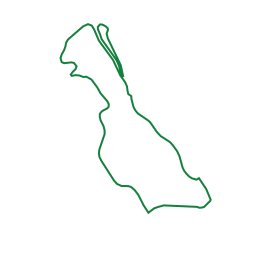 an SVG outline of Tiền Giang, rotated 234°
{"feature_id": "VNM-4834", "entity_name": "Tiền Giang", "entity_type": "Province", "adm_level": 1, "iso_a3": "VNM", "parent_name": "Vietnam", "parent_adm1": "", "projection": "albers", "projection_center": [106.405, 10.409], "detail": "fine", "context": "isolated", "style": "outline", "palette": "green", "viewbox_px": 256, "rotation_deg": 234, "n_neighbors": 0, "source": "natural_earth", "source_scale": "10m", "svg_char_len": 1408}
<svg xmlns="http://www.w3.org/2000/svg" viewBox="0 0 256 256"><g transform="rotate(234 128 128)"><path d="M195.7,121.7L199.0,119.6L201.6,116.6L203.3,113.1L204.8,113.1L205.9,116.3L206.4,120.0L208.1,122.7L212.5,122.5L214.4,120.7L218.0,114.4L220.3,113.1L224.2,114.5L226.6,117.8L228.4,121.8L230.5,125.0L233.5,128.3L234.9,131.7L236.6,151.6L235.5,156.7L232.1,158.9L227.6,158.5L215.8,155.8L191.8,155.9L175.2,152.7L166.6,152.6L162.2,151.6L158.6,149.6L155.3,148.2L151.8,149.4L149.6,147.9L142.0,144.9L139.1,144.4L136.4,144.3L133.7,144.6L122.3,148.7L119.4,149.3L107.8,149.0L102.2,149.7L91.8,153.7L87.5,154.1L80.3,154.1L74.8,153.0L63.8,148.9L60.3,148.3L56.7,148.4L53.1,148.9L49.8,150.1L45.9,153.1L45.7,155.9L32.7,155.4L21.6,152.8L20.7,151.7L19.4,143.0L20.2,141.0L21.5,138.9L23.7,137.4L44.3,111.5L46.4,106.1L47.6,102.1L47.5,94.7L56.5,95.2L67.5,97.0L73.8,96.9L78.4,95.9L80.8,94.1L84.9,88.7L89.1,86.3L93.8,85.8L117.5,87.2L121.4,87.9L124.4,89.5L127.3,92.0L136.8,105.5L139.9,107.7L143.9,109.3L150.2,110.3L153.8,111.8L156.0,113.6L156.7,115.9L156.8,118.0L156.1,122.7L156.5,124.8L158.6,126.4L161.8,127.0L172.3,126.2L179.0,127.0L188.7,126.9L193.9,124.5L195.7,121.7ZM220.4,160.5L225.5,161.7L227.5,163.0L228.3,166.1L226.8,168.0L223.6,169.6L220.4,170.2L218.9,169.2L217.0,166.3L212.6,164.4L183.0,159.0L172.1,154.2L175.6,153.9L183.3,157.2L189.4,158.6L215.5,158.9L220.4,160.5Z" fill="none" stroke="#15803d" stroke-width="2"/></g></svg>